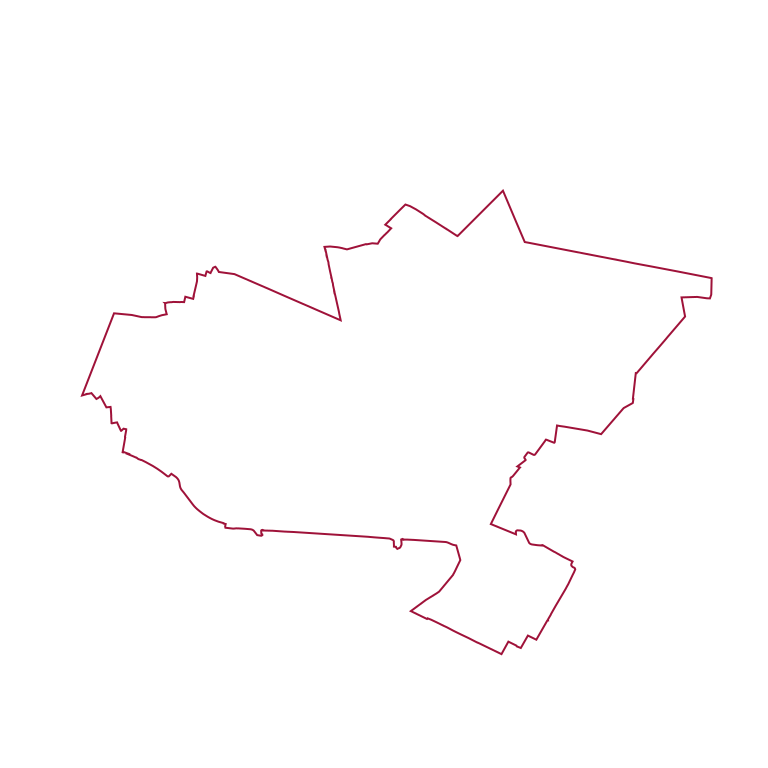 Rucphen, Noord-Brabant, Netherlands, rotated 198°
{"feature_id": "6326949B79033255924519", "entity_name": "Rucphen", "entity_type": "district", "adm_level": 2, "iso_a3": "NLD", "parent_name": "Netherlands", "parent_adm1": "Noord-Brabant", "projection": "equal_earth", "projection_center": [4.569, 51.521], "detail": "fine", "context": "isolated", "style": "outline", "palette": "rose", "viewbox_px": 768, "rotation_deg": 198, "n_neighbors": 0, "source": "geoboundaries", "source_scale": "gbopen_adm2", "svg_char_len": 5926}
<svg xmlns="http://www.w3.org/2000/svg" viewBox="0 0 768 768"><g transform="rotate(198 384 384)"><path d="M490.4,198.3L482.9,199.8L481.6,200.3L480.1,201.0L479.1,201.3L477.4,201.8L471.6,203.3L466.1,204.6L465.3,204.7L464.9,204.7L464.0,204.7L462.6,204.3L461.4,203.5L457.9,201.1L455.1,201.5L453.7,201.8L453.0,202.7L453.3,203.4L454.4,203.8L455.1,205.5L455.4,206.4L455.5,206.7L455.4,207.0L455.2,207.3L454.7,207.5L454.5,207.1L453.7,207.3L453.8,207.7L453.6,207.7L453.0,207.7L452.7,207.6L444.6,210.0L433.0,212.9L423.9,215.4L351.8,233.8L349.1,234.4L344.0,235.6L336.7,237.4L331.6,238.6L331.2,238.7L330.5,238.7L327.5,238.4L326.8,238.2L326.4,237.9L326.0,237.4L325.8,236.6L324.7,233.7L324.3,232.4L322.4,232.8L322.3,232.4L320.4,231.3L319.2,232.4L319.1,232.5L318.8,232.6L318.5,232.9L318.3,233.3L318.0,234.0L317.8,235.5L317.7,236.0L317.8,236.8L317.8,237.1L318.6,239.1L319.5,241.1L319.6,241.4L319.5,241.5L319.4,241.7L319.1,241.9L318.8,242.0L318.6,241.6L317.7,241.8L317.9,242.3L317.5,242.3L317.1,242.3L316.9,242.3L316.8,242.2L313.4,243.3L307.6,244.9L276.8,252.7L275.7,252.9L274.3,252.9L273.2,252.8L270.5,252.5L268.6,252.4L266.8,252.6L265.4,252.8L258.2,242.0L257.0,240.1L258.0,232.9L258.6,228.3L259.1,225.2L259.3,224.7L259.3,223.9L267.4,203.6L269.3,201.1L277.4,191.6L288.1,176.6L288.3,176.3L270.4,173.8L270.2,174.0L270.1,174.6L266.4,174.4L260.3,173.6L252.1,172.4L251.0,172.3L248.7,172.0L241.9,170.8L238.6,170.3L233.6,169.6L225.1,168.5L215.2,166.9L215.1,167.0L213.4,166.8L188.8,163.4L186.1,177.4L177.2,176.1L176.7,175.5L172.3,175.2L169.4,189.2L160.1,187.9L155.6,209.5L154.9,209.8L155.1,210.2L155.2,210.6L155.2,211.1L154.1,216.1L154.1,216.7L152.2,226.0L148.0,244.9L147.2,249.3L147.0,250.0L145.6,260.5L145.1,263.7L144.9,266.3L144.8,266.6L144.9,266.9L145.1,267.2L145.3,267.4L145.6,267.7L145.8,267.9L146.5,268.1L147.0,268.1L147.7,268.2L148.3,268.4L149.0,268.8L149.4,269.0L149.7,269.2L149.9,269.6L150.1,270.1L150.2,270.6L150.2,271.1L149.8,273.5L157.1,274.5L159.9,274.9L169.9,277.0L170.4,277.0L183.4,279.8L183.6,279.7L182.6,279.5L188.3,278.1L193.8,277.1L194.8,277.1L195.6,277.2L196.8,277.7L204.6,285.9L206.1,286.6L207.0,286.8L208.6,286.9L212.1,286.0L212.8,285.2L213.0,284.3L212.0,281.8L239.1,283.8L236.8,299.6L232.6,327.6L233.9,331.1L234.5,333.1L234.6,333.9L234.5,334.2L233.7,335.0L233.0,336.1L232.5,337.3L229.9,344.0L229.2,345.9L228.9,346.6L231.7,346.8L225.9,355.2L225.8,355.5L226.0,355.8L227.4,356.8L227.6,357.0L227.8,357.3L227.9,357.7L227.9,358.0L226.4,362.5L226.1,363.3L225.5,363.6L224.9,363.6L220.2,362.9L219.5,362.9L219.0,363.1L218.8,363.3L218.5,363.7L217.9,365.5L215.4,373.0L213.3,379.4L213.1,380.2L212.9,381.1L212.5,381.2L204.3,380.7L204.0,380.7L203.8,380.9L203.7,381.2L203.7,381.7L206.6,398.0L203.6,398.4L199.1,399.2L176.1,402.6L162.0,403.4L149.1,434.1L148.6,435.2L141.8,442.5L141.5,442.9L142.2,446.8L142.7,446.8L147.9,472.2L147.2,472.3L147.2,472.5L146.8,473.0L137.3,496.0L133.4,505.2L129.7,514.1L129.5,514.6L128.8,516.4L118.5,541.2L121.4,546.5L127.8,558.3L113.0,563.6L103.4,565.3L100.5,566.1L100.4,569.5L100.4,570.0L100.5,570.5L105.1,585.9L105.5,585.9L140.0,581.7L167.6,578.2L171.3,577.7L172.8,577.5L182.0,576.3L182.7,576.2L191.5,575.2L290.3,563.0L294.0,562.5L308.5,579.1L330.6,604.6L359.7,547.5L360.4,547.7L360.6,547.5L372.7,550.8L372.7,550.7L384.5,553.8L397.0,556.9L397.1,557.0L398.4,557.5L398.8,557.7L407.7,560.0L410.5,560.5L413.1,561.0L414.2,561.2L419.1,561.3L422.8,554.2L428.5,543.0L428.4,542.9L432.0,535.9L425.3,534.3L427.8,529.0L428.1,528.6L429.3,526.2L429.5,526.0L432.1,520.7L432.2,520.4L432.4,519.7L432.7,518.1L433.3,515.5L438.7,514.2L443.2,511.7L443.8,511.4L444.3,511.5L460.8,500.6L464.7,500.3L465.5,500.3L468.5,500.0L470.5,499.7L477.8,498.1L483.0,496.0L482.3,494.9L481.3,493.8L481.5,493.7L480.4,492.0L480.2,492.0L478.3,488.7L478.5,488.6L477.8,487.4L477.6,487.5L476.0,484.7L474.6,482.8L474.3,482.2L473.7,480.8L470.1,474.5L467.5,470.1L467.1,469.0L466.9,469.1L465.7,467.0L465.0,465.7L464.6,465.0L464.0,464.3L463.4,463.2L463.0,462.2L459.9,456.9L460.1,456.8L459.1,455.0L458.9,455.1L456.9,451.8L455.8,449.9L449.1,438.6L448.1,436.7L445.8,432.8L444.9,431.2L448.2,431.5L473.1,433.9L506.2,437.1L522.1,438.7L560.2,442.3L575.7,439.5L576.8,440.6L577.9,441.5L580.4,443.3L580.7,443.4L582.4,441.8L583.3,436.1L583.3,435.9L583.8,435.9L586.9,436.5L587.3,436.4L587.5,436.2L587.3,431.6L595.6,431.3L596.0,431.2L594.6,427.6L593.6,423.9L593.4,421.7L593.1,418.3L592.3,408.7L592.0,408.7L591.8,406.0L599.9,405.6L599.4,400.1L602.0,399.4L603.7,398.7L604.5,398.5L606.8,397.8L607.4,397.6L607.6,397.6L608.1,397.4L609.6,397.0L611.5,396.1L612.9,395.6L614.9,394.7L616.6,393.5L617.4,393.3L617.2,393.2L616.9,392.5L615.4,388.5L615.1,387.8L614.5,386.8L614.3,386.5L612.2,383.2L616.5,380.8L618.9,379.1L621.3,377.2L621.7,377.0L622.4,376.7L634.5,372.9L635.4,372.7L645.2,371.7L662.6,367.8L667.6,279.8L663.3,282.7L663.4,282.8L662.5,283.2L661.7,283.5L660.4,284.3L659.6,284.7L659.4,284.9L652.9,280.9L652.0,281.8L651.3,282.6L650.4,284.0L650.0,284.8L645.6,280.6L640.8,276.0L637.0,277.7L636.7,277.1L636.0,275.6L633.6,269.5L633.6,269.3L631.0,262.5L630.8,262.5L630.6,262.5L627.2,264.4L626.0,265.0L625.5,264.4L624.7,263.5L620.3,258.8L619.6,258.2L619.4,258.3L617.9,261.0L615.2,261.3L614.9,260.3L614.0,253.7L613.9,253.4L613.7,253.3L613.6,253.2L611.5,238.3L611.3,238.3L611.4,238.9L605.9,238.7L605.7,238.7L606.2,238.2L600.9,237.8L597.0,237.4L596.9,237.5L596.3,237.4L595.1,236.9L594.2,236.7L593.4,236.7L592.6,236.7L592.0,236.6L591.1,236.8L586.4,236.1L583.8,235.6L578.5,234.6L573.3,233.3L568.7,231.9L565.8,230.9L561.6,229.4L560.9,229.3L560.1,229.7L558.5,232.9L554.3,231.6L553.0,231.2L551.6,230.5L550.4,229.7L549.4,228.8L548.6,227.7L548.2,227.1L546.5,223.8L546.0,223.0L545.4,222.2L544.7,221.5L543.9,220.8L540.9,218.9L528.7,210.4L526.7,209.1L524.6,208.0L522.9,207.2L520.1,206.1L517.9,205.3L515.6,204.5L513.2,203.9L510.8,203.3L508.3,202.8L505.9,202.4L503.2,202.1L498.9,201.9L493.6,202.1L493.4,201.7L491.3,201.9L491.1,199.5L490.4,198.3Z" fill="none" stroke="#9f1239" stroke-width="2"/></g></svg>